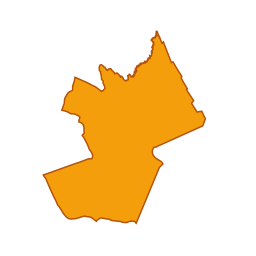 Campana, Buenos Aires, Argentina (Equal Earth projection), rotated 191°
{"feature_id": "61730980B71548208163547", "entity_name": "Campana", "entity_type": "district", "adm_level": 2, "iso_a3": "ARG", "parent_name": "Argentina", "parent_adm1": "Buenos Aires", "projection": "equal_earth", "projection_center": [-58.853, -34.162], "detail": "fine", "context": "isolated", "style": "filled", "palette": "amber", "viewbox_px": 256, "rotation_deg": 191, "n_neighbors": 0, "source": "geoboundaries", "source_scale": "gbopen_adm2", "svg_char_len": 5827}
<svg xmlns="http://www.w3.org/2000/svg" viewBox="0 0 256 256"><g transform="rotate(191 128 128)"><path d="M141.3,30.4L140.5,31.8L140.2,32.1L139.6,32.6L138.3,34.1L137.7,34.5L137.2,34.6L135.0,34.7L131.7,34.6L129.3,34.9L128.7,34.9L128.1,34.5L127.6,34.3L125.7,34.1L117.8,34.8L115.8,34.5L113.2,34.5L111.3,35.0L109.1,36.3L107.6,37.0L105.6,37.5L103.4,37.4L102.5,36.8L102.1,36.2L101.8,36.0L89.9,94.2L89.6,95.2L89.1,96.1L86.9,99.3L87.4,100.0L88.0,100.7L89.3,101.5L95.0,103.7L96.3,104.5L97.8,105.8L98.7,107.0L99.4,108.6L99.6,109.4L99.7,110.2L99.7,111.6L99.4,112.9L99.2,113.3L98.2,114.3L96.6,114.8L96.0,115.1L95.6,115.7L55.0,144.4L53.8,151.9L56.2,154.9L58.7,158.5L60.3,157.9L60.4,158.0L63.2,156.8L70.3,164.3L68.8,167.4L77.9,176.7L77.8,177.1L77.2,177.7L84.8,186.4L84.8,186.7L85.3,187.2L85.3,187.5L85.1,188.5L85.1,189.0L92.4,196.8L93.6,198.2L93.9,198.6L96.5,201.5L97.9,200.5L109.1,218.2L109.6,219.3L110.8,217.7L114.2,223.0L114.3,222.7L117.8,228.2L118.1,228.0L118.4,228.3L118.6,228.2L118.7,227.8L118.2,227.4L118.0,226.9L118.5,226.6L118.5,226.3L118.1,226.2L118.4,225.7L118.0,224.9L118.4,224.5L118.4,224.3L118.3,224.2L117.6,224.2L117.3,224.1L117.7,223.6L118.6,223.4L118.9,222.7L118.5,222.0L118.6,221.8L119.5,221.4L120.0,221.7L120.6,221.4L120.7,221.1L120.5,220.5L120.7,220.1L120.9,220.0L121.2,220.3L121.4,220.2L121.8,219.5L121.4,218.9L121.6,218.8L121.9,218.8L122.0,218.6L121.9,218.4L120.1,217.5L119.9,217.1L119.3,217.4L119.2,217.4L119.1,217.2L119.7,216.5L119.7,216.4L119.0,215.5L118.6,215.3L118.5,215.1L118.7,214.5L119.0,214.1L119.5,214.1L119.6,213.5L119.4,213.2L119.0,213.1L119.0,212.9L119.3,212.6L119.1,212.2L119.8,212.2L120.0,211.8L119.9,211.4L119.7,211.3L118.9,211.3L118.7,210.4L118.9,209.7L118.6,209.6L118.5,209.4L118.7,209.1L119.1,208.8L119.7,207.7L119.5,207.3L118.6,207.2L118.4,207.0L118.4,206.8L118.6,206.5L119.2,206.5L119.3,206.2L119.0,205.1L118.7,204.4L118.8,203.1L119.0,202.9L119.9,203.0L120.6,203.3L120.6,203.0L120.6,202.8L119.7,202.1L119.8,201.5L119.6,200.8L119.6,200.6L119.9,200.5L120.3,201.0L120.5,201.0L120.8,200.5L121.2,200.6L121.4,200.5L121.7,199.6L121.2,199.5L121.0,199.1L121.1,198.8L121.7,198.5L122.0,197.9L122.0,197.6L121.8,197.1L121.9,196.9L122.6,197.1L123.0,196.8L123.0,196.6L122.8,196.2L123.3,196.2L123.7,196.5L123.8,196.5L123.9,196.2L123.5,195.5L123.5,195.2L124.0,195.3L124.2,196.1L124.3,196.3L124.6,195.6L124.5,195.1L124.8,194.7L125.0,194.8L125.1,195.0L125.2,194.9L125.1,194.6L125.3,194.4L125.9,194.6L126.2,194.5L126.4,194.3L126.6,194.3L127.4,194.2L127.4,193.9L127.3,193.6L126.8,193.4L127.0,193.1L127.4,193.0L127.7,192.7L127.9,192.8L127.9,193.2L128.2,193.4L128.3,193.6L128.5,193.5L128.6,193.3L128.4,192.6L128.7,192.3L128.8,192.2L128.4,192.1L128.2,192.0L128.2,191.9L128.5,191.3L128.9,191.5L129.6,191.7L129.8,191.7L130.0,191.3L129.7,190.9L129.7,190.7L130.1,191.0L130.3,190.9L130.3,190.4L130.7,190.6L131.1,190.5L131.3,190.3L131.2,189.6L130.7,189.5L130.7,189.3L131.0,189.0L131.1,188.3L131.2,188.0L131.7,187.6L132.1,187.8L132.1,187.4L131.7,186.9L131.2,187.4L131.0,186.6L130.7,186.5L130.5,186.2L130.8,185.8L130.5,185.3L130.5,185.1L131.0,185.0L131.2,185.5L131.2,186.0L131.7,186.0L131.9,185.8L132.1,185.3L132.0,185.2L131.4,185.1L131.4,184.9L131.6,184.7L132.4,184.5L132.6,184.1L132.5,183.8L131.7,184.0L131.2,183.8L131.8,182.4L132.0,182.3L132.3,182.4L132.5,181.7L131.8,181.1L132.0,180.9L132.6,181.0L132.8,180.9L132.7,180.5L132.3,179.9L132.3,179.6L132.7,179.7L133.1,180.1L133.3,180.1L133.4,179.9L133.0,179.5L133.0,179.1L133.3,179.2L133.7,179.5L134.1,179.6L134.4,179.3L134.4,178.9L134.8,178.8L135.6,180.0L136.1,180.6L136.7,181.0L137.1,180.9L137.4,179.6L138.3,179.3L138.3,179.0L138.3,178.9L137.9,178.6L137.4,177.9L137.5,176.8L137.4,176.6L136.9,176.2L137.0,175.8L137.6,174.9L138.4,174.8L139.0,173.9L139.7,173.8L139.9,173.9L140.2,174.2L140.6,174.3L141.8,174.9L142.3,176.0L143.8,177.5L144.0,177.5L144.1,177.2L144.5,177.4L144.8,177.2L145.1,176.6L145.6,177.2L145.6,177.6L145.8,177.7L146.4,178.0L146.9,178.4L147.6,178.8L148.7,179.8L149.5,179.8L150.3,179.3L150.7,179.2L151.1,178.8L151.4,178.7L151.4,178.9L151.2,179.2L151.3,179.3L151.6,179.2L152.0,179.7L152.9,180.2L153.5,180.8L154.8,181.4L155.4,182.0L155.5,182.4L156.3,182.9L156.9,182.5L157.8,182.6L158.5,181.7L159.0,181.5L159.0,180.8L159.1,180.7L159.6,180.9L160.0,180.9L160.6,181.4L161.4,182.2L162.3,183.2L162.4,183.3L163.2,183.3L164.7,184.4L165.8,184.9L166.5,185.0L166.8,184.7L167.4,184.5L167.9,182.6L167.8,181.6L167.4,180.5L167.3,179.5L167.2,179.3L166.6,178.6L165.8,178.3L165.6,178.0L165.5,176.6L165.3,176.2L164.8,175.6L164.4,174.8L163.6,172.3L163.3,170.9L162.7,170.3L162.0,169.9L161.5,169.4L161.3,169.1L161.3,168.2L160.9,167.3L160.3,166.2L159.4,165.1L158.1,162.5L158.1,162.2L159.2,161.1L159.5,160.0L159.8,159.7L160.6,159.5L161.1,158.8L163.1,160.0L167.8,162.2L171.2,163.0L176.1,164.6L189.7,167.7L189.5,166.1L189.7,163.3L190.3,158.8L190.1,157.2L189.7,154.9L189.8,154.5L190.4,153.8L192.3,152.4L193.4,151.2L193.9,150.2L194.9,147.4L195.2,146.8L195.5,145.8L195.6,145.0L195.7,143.0L195.3,140.7L195.3,139.8L195.8,137.2L196.0,134.6L196.5,132.9L191.4,132.5L187.2,131.2L186.6,131.1L184.9,131.4L183.4,131.5L181.7,131.2L180.2,130.9L177.6,129.9L177.4,129.4L177.3,128.9L177.6,126.1L177.6,125.2L177.5,124.8L177.4,124.6L175.4,124.3L173.5,123.6L172.9,122.9L172.0,121.6L171.4,120.4L170.0,114.2L171.3,112.7L171.6,112.2L171.4,111.8L169.8,110.5L168.8,109.3L164.4,103.7L162.0,99.9L159.3,97.1L157.8,95.2L157.5,94.3L157.4,93.5L157.4,91.9L157.5,91.2L157.8,90.9L159.1,90.5L160.6,90.3L161.4,89.9L170.5,84.3L173.0,83.0L199.6,67.2L202.0,65.9L202.2,65.7L201.0,64.4L199.2,62.8L197.3,60.1L196.0,58.1L192.0,52.3L189.5,48.9L188.0,46.6L187.1,45.6L185.5,43.6L182.1,38.7L180.4,37.5L178.8,35.7L177.5,34.6L176.6,33.2L175.2,31.8L171.7,29.0L170.8,28.5L168.7,27.7L166.8,27.7L162.5,28.9L158.1,31.0L156.3,32.2L153.8,33.2L150.2,33.2L148.6,33.5L145.8,32.7L141.3,30.4Z" fill="#f59e0b" stroke="#b45309" stroke-width="1.5"/></g></svg>